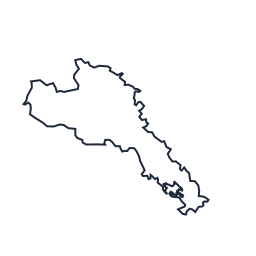 Shakhrisabz, Kashkadarya, Uzbekistan, rotated 213°
{"feature_id": "79887680B91386955898676", "entity_name": "Shakhrisabz", "entity_type": "district", "adm_level": 2, "iso_a3": "UZB", "parent_name": "Uzbekistan", "parent_adm1": "Kashkadarya", "projection": "natural_earth1", "projection_center": [67.01, 38.95], "detail": "fine", "context": "isolated", "style": "outline", "palette": "slate", "viewbox_px": 256, "rotation_deg": 213, "n_neighbors": 0, "source": "geoboundaries", "source_scale": "gbopen_adm2", "svg_char_len": 3413}
<svg xmlns="http://www.w3.org/2000/svg" viewBox="0 0 256 256"><g transform="rotate(213 128 128)"><path d="M63.8,95.0L63.7,95.0L63.7,94.9L63.3,94.8L63.2,95.0L62.3,94.9L62.2,94.4L59.9,94.0L59.9,94.3L60.3,94.4L60.4,94.5L61.9,94.8L62.7,96.3L62.9,97.0L62.7,97.0L62.8,97.9L62.8,98.2L62.9,98.3L62.9,98.5L62.8,98.9L63.6,98.9L64.3,99.1L64.5,99.1L65.6,99.6L66.2,99.8L66.4,100.0L66.7,100.0L67.4,100.0L67.7,100.2L67.7,100.4L67.4,100.5L65.8,100.7L65.8,101.0L66.2,101.1L66.2,101.7L66.5,101.9L66.6,102.1L66.5,102.3L64.9,102.2L64.7,102.3L64.4,102.4L64.0,102.2L63.6,102.3L63.0,102.7L62.7,102.8L62.3,102.8L62.1,102.7L61.8,102.8L60.9,102.9L60.7,103.0L60.0,103.1L59.6,103.0L59.4,103.0L59.2,103.1L59.0,103.5L58.6,104.2L58.8,105.3L58.7,105.8L58.5,106.4L59.2,106.6L59.2,107.6L59.8,107.8L59.7,108.2L58.2,108.0L57.6,107.7L55.0,107.4L54.4,106.9L53.5,106.9L51.7,106.9L51.1,106.6L50.5,106.5L50.3,106.7L49.6,106.3L49.6,105.7L48.6,105.4L48.6,105.0L48.9,105.1L49.8,105.2L50.4,104.8L50.5,104.4L51.3,104.3L52.0,104.4L52.2,102.3L51.0,101.9L51.0,101.7L50.4,101.6L48.8,101.5L48.6,101.5L45.1,101.4L45.1,100.7L44.7,99.9L45.1,99.7L46.0,99.4L46.0,99.6L45.9,99.7L46.0,100.1L47.0,100.3L47.2,100.5L47.7,100.5L48.5,100.7L48.5,100.2L49.1,100.3L49.1,100.5L50.5,100.6L51.9,100.9L51.6,100.5L51.6,100.2L51.9,99.8L51.7,99.6L51.7,99.3L51.1,99.2L50.7,98.7L50.6,98.1L50.8,97.9L51.1,97.8L53.8,97.0L54.1,97.1L54.4,97.9L56.9,98.0L57.0,97.7L57.5,97.7L57.5,96.8L57.6,95.7L57.1,95.8L56.4,95.7L56.2,94.8L55.8,94.8L55.8,95.3L55.6,95.3L55.3,96.3L54.1,96.7L53.9,95.9L54.1,94.5L52.5,94.9L47.3,97.7L43.5,95.9L38.2,94.7L37.6,93.2L39.5,90.4L41.7,87.0L35.2,85.8L32.3,87.0L33.3,89.9L32.3,93.9L29.8,94.7L25.9,94.2L25.8,100.3L23.0,102.7L22.6,104.5L24.6,106.2L23.9,108.0L21.4,109.4L21.4,111.6L25.1,111.9L27.7,111.3L30.0,110.4L31.5,109.4L34.1,114.1L37.8,118.1L42.9,119.8L46.9,117.5L52.3,123.5L55.2,123.8L59.4,125.5L59.9,121.5L62.3,122.0L63.6,125.4L69.6,126.0L72.7,124.1L77.6,126.0L80.6,128.0L80.5,133.5L85.4,133.0L90.4,136.6L92.2,134.7L100.9,135.2L105.5,137.5L108.9,135.6L115.5,136.7L113.6,139.5L113.6,142.8L115.6,142.6L117.7,145.1L120.7,142.3L124.6,143.5L124.3,147.5L128.1,148.5L126.7,151.3L126.5,155.2L131.8,156.7L133.4,155.2L133.5,151.5L135.3,151.5L137.2,155.1L139.2,156.0L140.6,159.4L141.9,161.6L141.4,163.1L138.5,164.1L138.0,165.9L141.3,165.8L143.8,164.5L146.5,165.3L151.4,164.5L154.1,162.2L155.6,165.1L161.8,165.5L162.8,166.7L161.8,170.4L163.2,170.6L165.5,166.7L174.6,166.2L175.2,168.6L178.3,168.7L185.9,164.6L189.2,160.3L194.1,159.6L197.1,161.6L199.6,159.1L205.1,160.4L209.2,156.2L206.2,153.2L201.4,150.9L202.1,143.4L200.4,140.3L192.9,137.0L191.3,133.4L196.8,127.9L201.3,123.4L204.9,122.2L207.4,119.5L210.7,122.4L215.3,124.8L219.6,119.5L227.8,120.2L234.6,114.3L234.0,114.1L231.6,110.9L230.6,109.4L230.0,100.7L228.8,97.2L228.1,95.3L228.6,91.2L227.3,91.4L225.3,95.0L222.5,94.4L220.2,91.5L217.6,86.1L210.8,85.9L202.3,86.1L196.7,85.4L191.1,88.8L187.2,93.7L183.5,95.5L177.8,95.4L171.7,98.6L168.4,93.4L165.2,92.0L159.7,93.1L158.2,91.1L154.0,91.4L151.4,93.2L144.2,97.9L138.1,101.6L139.6,102.4L140.6,105.6L137.1,108.0L133.5,107.6L128.6,105.9L124.9,108.3L123.2,106.8L120.0,105.1L118.2,107.1L116.1,108.3L115.8,112.1L111.8,114.4L108.1,113.1L103.2,110.2L100.0,107.1L96.3,104.8L91.0,101.6L91.3,96.7L89.5,95.8L85.8,98.4L82.9,96.4L81.7,97.8L83.5,101.0L80.6,100.6L77.5,99.9L76.2,102.2L74.7,101.1L73.4,98.4L66.2,97.7L65.6,95.8L63.8,95.0Z" fill="none" stroke="#1e293b" stroke-width="2"/></g></svg>